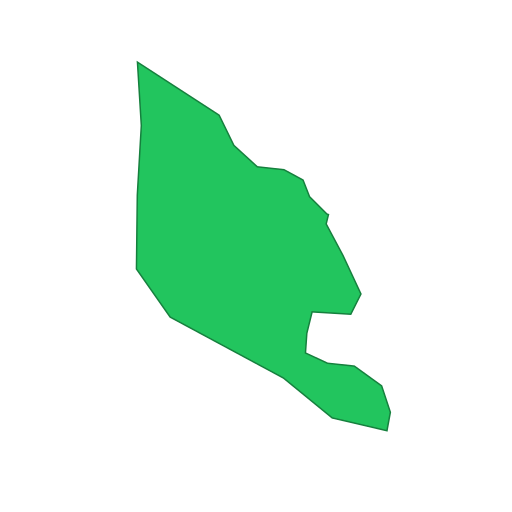 the district of Landskrona, Skåne, Sweden, rotated 33°
{"feature_id": "70781695B51244524104", "entity_name": "Landskrona", "entity_type": "district", "adm_level": 2, "iso_a3": "SWE", "parent_name": "Sweden", "parent_adm1": "Skåne", "projection": "natural_earth1", "projection_center": [12.956, 55.915], "detail": "fine", "context": "isolated", "style": "filled", "palette": "green", "viewbox_px": 512, "rotation_deg": 33, "n_neighbors": 0, "source": "geoboundaries", "source_scale": "gbopen_adm2", "svg_char_len": 515}
<svg xmlns="http://www.w3.org/2000/svg" viewBox="0 0 512 512"><g transform="rotate(33 256 256)"><path d="M51.0,158.0L88.8,209.1L123.3,269.6L162.8,332.0L217.3,354.0L345.5,343.4L408.1,350.3L461.0,331.2L460.9,331.0L453.8,313.9L432.1,296.5L398.4,294.8L374.4,307.0L350.3,310.4L340.7,293.1L333.5,272.3L367.2,253.2L364.7,230.7L328.7,208.2L297.4,190.9L294.2,181.8L292.6,182.2L268.6,177.1L254.1,166.7L232.5,168.4L208.5,180.5L177.2,175.3L148.4,158.0L51.0,158.0Z" fill="#22c55e" stroke="#15803d" stroke-width="1.5"/></g></svg>